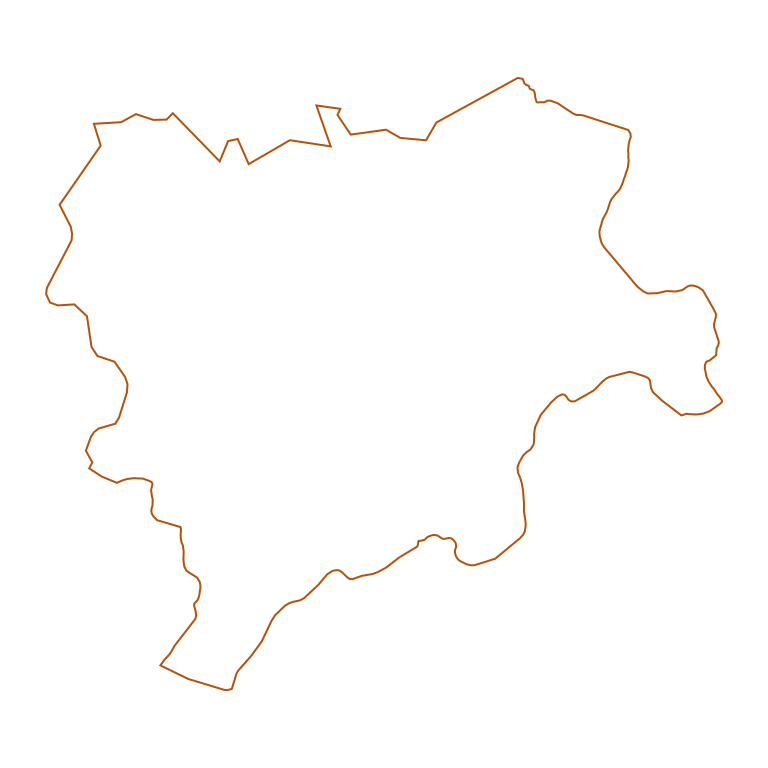 the border of Albacete
{"feature_id": "ESP-5802", "entity_name": "Albacete", "entity_type": "Autonomous Community", "adm_level": 1, "iso_a3": "ESP", "parent_name": "Spain", "parent_adm1": "", "projection": "mercator", "projection_center": [-1.774, 38.723], "detail": "fine", "context": "isolated", "style": "outline", "palette": "amber", "viewbox_px": 768, "rotation_deg": 0, "n_neighbors": 0, "source": "natural_earth", "source_scale": "10m", "svg_char_len": 3755}
<svg xmlns="http://www.w3.org/2000/svg" viewBox="0 0 768 768"><path d="M681.4,415.4L662.4,400.9L653.0,392.2L651.6,389.5L650.7,386.5L650.4,383.3L649.9,380.3L648.0,378.0L645.1,376.5L632.8,372.5L629.5,371.8L609.2,377.0L605.9,378.8L602.6,381.5L593.9,390.4L574.8,401.3L571.0,401.4L568.4,399.7L566.8,397.1L564.8,394.9L562.1,394.3L557.2,396.8L551.4,402.1L540.8,414.8L535.1,427.1L534.1,433.8L534.2,437.1L533.8,443.7L532.3,446.7L530.3,449.6L526.3,452.4L523.2,455.4L519.0,462.9L518.2,465.2L517.5,467.7L517.7,470.2L518.1,472.7L518.7,474.5L519.9,477.0L521.7,482.9L523.0,490.0L524.0,503.7L523.9,511.0L525.5,521.5L525.7,524.9L525.3,528.4L524.7,531.6L523.2,534.6L520.0,538.2L495.2,558.7L474.9,565.1L471.6,565.4L468.2,564.7L465.4,563.7L460.9,561.5L458.9,560.2L457.3,558.4L456.0,556.3L455.3,554.1L454.9,551.8L455.2,549.5L456.1,547.2L456.0,545.0L455.6,542.9L454.4,541.1L453.0,539.5L451.2,538.3L448.9,538.0L443.4,539.0L441.3,538.0L437.4,535.5L435.1,535.0L432.6,535.1L429.4,536.1L426.9,537.4L424.6,539.8L420.3,540.9L418.7,540.9L418.2,541.7L418.2,544.0L417.2,546.6L399.3,557.4L386.4,567.4L378.0,572.0L372.6,574.0L361.7,575.9L352.6,579.1L349.8,579.0L347.8,577.8L341.9,572.2L339.4,570.5L336.5,570.1L332.7,570.8L327.2,574.3L318.3,584.9L303.9,598.3L299.9,600.4L293.2,601.8L289.2,603.2L284.9,605.8L275.0,615.3L271.5,621.0L261.8,641.3L251.4,655.6L238.5,670.3L236.6,673.3L231.8,688.9L227.5,690.1L224.0,689.8L188.3,679.0L160.4,665.4L164.2,660.0L169.1,654.8L171.2,651.8L174.4,646.0L195.5,618.7L196.1,615.2L195.7,611.3L194.2,606.1L194.1,603.9L195.2,602.5L196.7,601.2L198.0,599.2L198.9,596.7L199.5,594.0L199.9,590.7L200.4,588.0L200.3,585.0L199.7,581.8L197.1,577.6L186.5,570.9L184.3,566.5L183.7,562.5L183.4,558.6L183.7,551.8L182.8,545.2L181.5,542.3L180.9,539.1L180.6,535.7L181.0,529.5L180.5,527.1L157.1,520.2L153.6,516.6L152.2,514.5L151.3,511.5L151.6,508.5L152.5,505.4L152.7,499.2L151.9,496.1L151.1,490.1L152.3,484.8L152.3,483.5L152.2,483.0L152.0,482.7L151.4,482.0L148.5,480.6L142.9,478.6L133.5,478.2L127.8,478.9L123.3,480.1L116.8,482.8L102.0,476.7L89.2,468.4L92.3,462.4L85.9,450.7L90.9,436.8L93.9,432.3L98.6,428.5L115.3,423.7L119.0,417.7L127.0,392.2L127.5,384.1L125.1,377.0L114.5,361.7L97.4,356.0L91.5,346.8L87.0,316.3L74.3,304.4L57.8,305.4L50.0,302.5L46.1,294.1L46.9,287.9L71.6,240.3L72.1,233.9L70.8,226.8L59.6,204.8L100.7,145.6L93.9,123.8L121.2,122.2L135.9,114.1L153.4,119.9L166.6,119.6L172.8,113.2L219.7,161.4L228.1,141.1L237.7,139.0L248.7,164.1L289.9,140.2L330.7,146.4L316.4,105.5L340.3,108.8L337.5,115.0L350.8,134.6L386.0,129.7L400.3,137.9L426.0,140.3L436.4,122.5L517.8,77.9L522.6,78.9L523.5,80.8L524.4,83.4L526.1,84.9L528.6,85.8L529.2,87.3L530.1,89.0L533.4,90.2L534.4,91.9L534.9,94.0L535.2,96.7L535.7,99.2L536.7,102.2L538.4,102.5L540.3,102.1L543.3,102.3L545.2,101.9L547.1,100.7L550.2,100.6L557.4,103.1L572.9,113.4L576.5,115.0L579.3,114.9L582.9,115.3L628.2,130.0L630.4,133.5L630.8,136.9L629.6,140.3L628.8,143.5L628.1,150.4L628.4,153.9L628.3,157.2L628.7,160.4L628.0,166.8L627.1,170.1L625.9,172.8L625.3,175.4L623.7,179.5L622.9,182.5L620.0,188.9L617.9,191.6L615.6,193.9L611.4,199.3L609.9,202.4L607.9,209.0L606.6,212.3L603.1,218.6L601.9,221.7L601.3,224.7L600.3,227.7L599.4,231.5L599.7,236.1L601.6,243.1L604.1,247.2L637.2,286.5L643.0,291.2L647.6,293.5L657.0,293.2L666.4,291.1L676.0,291.5L682.3,290.0L687.5,286.5L689.5,285.7L692.0,285.4L695.3,286.1L698.8,287.5L702.9,290.3L714.0,309.8L716.0,313.9L715.8,317.2L714.0,323.9L714.2,327.5L718.6,340.9L718.8,343.0L717.9,345.9L716.7,348.0L716.1,355.3L712.6,358.0L709.6,360.5L706.3,361.7L705.0,364.7L704.8,368.1L706.4,376.5L708.7,381.8L711.8,386.5L713.8,388.9L717.5,394.4L719.7,397.1L721.9,400.4L721.9,402.0L720.3,403.6L709.6,411.2L703.6,413.5L696.7,414.5L688.5,414.1L686.7,413.7L681.4,415.4Z" fill="none" stroke="#b45309" stroke-width="2"/></svg>